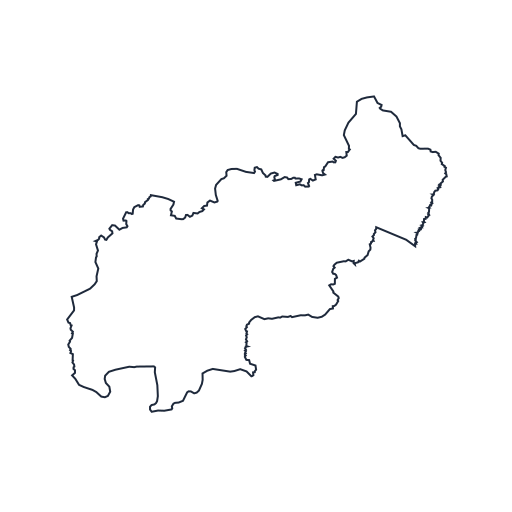 Yendi Municipal, Northern, Ghana, rotated 79°
{"feature_id": "2480657B94460481801793", "entity_name": "Yendi Municipal", "entity_type": "district", "adm_level": 2, "iso_a3": "GHA", "parent_name": "Ghana", "parent_adm1": "Northern", "projection": "natural_earth1", "projection_center": [0.075, 9.473], "detail": "fine", "context": "isolated", "style": "outline", "palette": "slate", "viewbox_px": 512, "rotation_deg": 79, "n_neighbors": 0, "source": "geoboundaries", "source_scale": "gbopen_adm2", "svg_char_len": 6047}
<svg xmlns="http://www.w3.org/2000/svg" viewBox="0 0 512 512"><g transform="rotate(79 256 256)"><path d="M214.3,53.6L211.9,53.6L211.0,54.5L210.0,53.5L207.7,53.8L205.6,52.7L204.4,54.0L203.7,53.6L201.2,56.1L200.0,55.5L197.7,56.7L194.9,56.0L191.8,57.6L190.4,57.1L188.0,59.7L187.7,62.8L186.7,64.6L184.9,64.5L183.5,66.6L182.0,74.4L181.2,76.0L178.4,77.7L177.1,79.9L166.0,86.4L166.3,89.2L159.4,89.1L156.2,90.0L153.1,89.4L145.9,91.5L140.2,95.9L137.3,103.7L135.2,105.9L134.3,106.3L133.3,104.6L131.7,103.9L129.0,107.5L121.9,109.7L121.5,116.8L121.9,122.3L123.8,127.5L135.6,130.8L142.7,139.8L149.6,144.9L154.1,146.7L165.6,143.7L168.5,144.4L169.3,143.6L171.5,146.0L171.2,147.5L174.8,147.8L176.0,150.1L176.2,152.3L174.8,154.3L175.0,156.7L173.8,159.1L175.3,161.2L177.8,159.4L179.2,160.3L178.9,161.9L177.9,162.8L177.7,167.4L181.3,170.9L181.8,172.3L184.6,173.2L184.5,174.2L185.0,174.6L187.5,174.3L189.2,172.8L189.4,175.7L187.4,180.8L187.7,182.7L192.2,182.8L192.8,185.8L190.6,188.0L191.0,189.2L193.7,190.0L194.3,191.1L197.5,190.5L197.9,191.0L197.3,194.5L195.6,195.7L195.4,197.6L194.0,199.3L194.2,203.0L191.7,203.0L191.4,198.2L189.4,196.6L188.1,198.9L187.5,202.5L186.6,202.9L186.3,204.5L187.1,206.7L186.7,209.6L184.9,210.5L184.0,212.8L185.5,217.0L185.7,224.0L185.2,224.4L184.9,222.8L182.1,223.0L181.1,222.4L180.6,219.3L179.6,219.1L177.6,221.9L177.9,225.7L180.5,229.7L180.0,231.3L178.7,231.3L175.8,233.4L172.0,234.3L170.8,236.8L168.9,238.1L169.1,240.4L171.4,241.2L173.0,240.9L174.2,242.1L171.5,249.8L166.8,258.1L165.9,263.5L166.2,267.4L168.0,269.2L171.6,269.6L173.6,272.7L173.9,275.3L178.6,281.6L182.0,283.3L188.4,283.8L194.6,283.1L195.2,283.6L195.5,286.6L192.8,290.6L194.2,293.5L197.2,294.5L197.0,297.3L198.8,300.0L200.3,298.2L201.7,300.1L202.0,303.1L203.1,305.2L201.8,309.2L204.2,310.8L204.9,313.4L202.6,315.4L202.4,316.9L204.7,318.2L205.9,320.4L205.7,322.0L204.0,327.2L201.1,328.1L199.8,331.7L196.2,330.1L195.0,331.1L193.5,330.9L189.8,327.3L187.1,326.1L183.3,331.3L180.4,336.8L176.2,347.6L177.4,348.0L177.9,349.4L179.3,350.2L179.5,351.3L180.4,351.4L182.0,354.7L183.3,355.1L184.3,356.9L185.8,357.6L185.5,360.8L184.0,360.9L183.6,362.0L184.8,366.1L186.9,367.8L191.0,369.0L191.1,369.9L190.1,370.9L189.7,372.9L188.5,373.8L188.3,375.1L194.0,379.4L196.0,379.3L196.3,377.0L196.9,376.5L199.9,377.3L202.2,376.5L203.2,377.4L203.0,381.6L204.1,385.1L199.2,388.6L198.3,391.3L201.2,394.7L202.4,394.4L204.3,392.5L206.4,392.6L209.5,397.9L211.6,399.8L211.1,401.0L208.7,401.7L206.4,404.1L207.6,406.3L209.1,406.7L210.0,407.8L210.7,410.8L211.5,409.4L214.0,410.8L220.5,410.1L223.4,412.1L226.1,412.5L226.8,413.3L231.3,414.8L238.2,413.2L245.5,416.4L250.3,417.1L253.0,419.8L256.4,425.1L260.2,439.0L260.9,444.7L271.9,444.4L274.7,445.0L282.3,453.5L285.6,452.8L286.4,451.3L288.6,451.1L289.0,450.3L291.5,451.9L293.0,451.9L295.4,450.2L296.8,451.3L297.2,450.6L301.3,452.2L303.6,455.1L304.6,454.9L307.1,457.2L309.5,457.1L311.7,455.7L312.7,456.3L312.8,455.8L314.1,455.7L315.8,456.7L317.4,454.5L323.3,455.9L323.7,455.5L325.5,456.5L327.8,455.3L329.9,455.4L330.4,456.3L332.0,456.7L333.6,455.5L336.2,456.0L338.1,459.3L342.1,456.8L348.7,454.3L351.8,450.0L356.3,442.0L359.1,438.7L364.5,434.7L365.8,431.3L365.1,428.1L361.4,425.0L356.3,424.9L352.0,427.6L347.8,428.0L344.7,426.9L341.6,422.5L340.8,415.6L340.5,401.5L341.9,396.7L341.8,394.2L344.9,377.3L346.1,376.3L350.8,377.5L364.0,377.5L374.9,379.1L379.6,380.8L381.3,382.2L382.3,384.0L382.4,387.0L383.8,388.8L386.5,389.3L389.0,388.1L389.0,381.7L390.4,375.5L390.5,368.2L389.6,367.3L387.5,367.3L385.2,365.2L384.7,363.5L385.1,359.9L384.2,355.3L376.7,349.6L376.0,348.0L376.5,345.8L379.0,342.9L378.8,340.3L377.2,337.7L371.2,333.5L367.4,332.0L361.1,330.9L359.3,325.7L358.6,320.0L364.6,303.4L364.8,299.2L364.1,293.1L367.5,287.3L373.2,283.5L373.1,282.6L372.5,281.3L369.7,281.1L369.8,279.4L368.9,279.2L367.6,277.6L363.4,277.4L360.6,282.4L356.9,282.6L356.1,285.3L352.9,286.2L351.7,285.1L351.2,285.8L349.9,285.6L349.6,284.7L348.9,285.1L347.4,284.0L346.7,284.8L346.0,283.8L344.4,284.4L343.3,283.0L343.7,282.4L343.1,282.8L343.1,281.7L342.5,282.7L339.3,281.8L338.7,282.3L338.0,281.0L336.0,281.8L334.0,280.6L332.1,280.9L331.2,279.6L330.3,280.2L328.3,279.2L327.8,280.0L325.6,280.5L324.1,278.5L323.1,278.9L321.7,278.0L321.1,275.7L319.9,275.4L317.8,272.9L315.8,268.9L315.6,265.6L319.6,259.8L319.5,255.9L320.7,252.3L320.5,245.8L321.1,244.0L320.4,241.8L321.9,236.3L321.5,233.5L322.9,232.3L322.7,223.6L323.6,219.1L323.5,215.9L326.5,212.6L328.4,207.3L328.2,203.0L326.7,199.3L322.2,193.6L322.2,190.5L319.9,190.2L320.0,188.7L319.1,186.8L315.9,183.9L314.8,184.3L313.1,182.8L311.5,183.0L306.7,187.1L305.6,186.8L298.8,189.7L298.1,187.7L298.7,185.6L298.3,183.9L293.5,182.9L292.7,180.6L290.0,181.0L288.6,182.1L288.2,183.6L286.2,184.3L283.3,182.6L282.4,181.0L280.7,181.9L279.5,180.7L278.0,178.0L277.9,170.9L278.4,169.0L277.3,166.1L279.6,162.7L279.5,161.0L281.6,161.6L283.0,160.6L281.9,160.6L281.7,157.1L280.3,155.9L281.3,155.1L279.4,150.2L278.3,149.7L276.4,146.3L272.9,144.5L271.6,142.6L269.8,142.0L266.2,142.1L265.8,140.8L264.3,140.4L264.3,139.5L263.3,138.7L263.5,137.7L262.5,138.0L261.0,137.1L259.1,138.0L257.9,136.2L256.9,136.1L255.5,134.2L253.5,134.3L252.4,132.9L250.7,132.5L268.7,105.5L276.8,97.9L274.2,97.5L274.5,96.4L273.1,96.6L273.0,95.6L270.8,96.7L270.3,96.1L269.5,96.4L268.9,95.5L265.9,94.4L265.9,93.7L264.5,93.1L263.8,93.9L263.9,92.7L262.1,91.8L261.5,92.3L262.2,91.2L261.3,91.1L261.8,90.3L260.9,89.2L259.7,89.9L259.5,89.1L260.2,88.7L259.5,88.5L259.7,87.5L258.8,87.6L258.3,86.6L257.5,87.5L257.4,86.6L255.9,85.5L254.6,85.9L254.8,84.2L254.1,84.6L251.8,84.0L251.9,82.4L250.2,81.9L250.9,80.6L249.3,78.8L248.2,79.0L248.4,78.2L246.4,78.6L245.8,77.8L242.2,76.9L241.7,77.6L241.7,76.6L241.2,77.0L239.7,75.6L239.9,74.4L238.9,73.9L238.6,74.4L237.8,72.9L236.8,73.7L236.3,72.7L234.2,72.3L232.9,72.8L231.2,72.0L229.9,70.0L229.3,70.7L229.4,69.8L227.2,68.8L226.1,67.5L226.2,65.3L225.3,64.4L224.0,64.7L223.7,62.4L222.9,63.0L222.3,61.8L221.2,62.9L220.8,62.4L221.4,61.8L221.1,61.0L219.9,60.8L218.5,58.3L216.8,58.2L214.4,54.6L214.3,53.6Z" fill="none" stroke="#1e293b" stroke-width="2"/></g></svg>